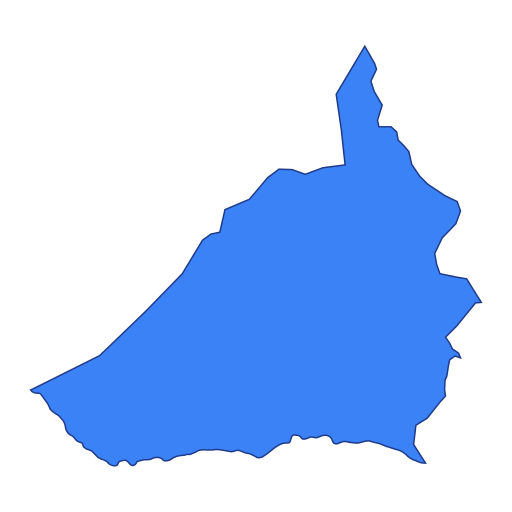 the district of Zangba, Basse-Kotto, Central African Republic
{"feature_id": "33826404B2530322918847", "entity_name": "Zangba", "entity_type": "district", "adm_level": 2, "iso_a3": "CAF", "parent_name": "Central African Republic", "parent_adm1": "Basse-Kotto", "projection": "mercator", "projection_center": [20.794, 4.708], "detail": "fine", "context": "isolated", "style": "filled", "palette": "blue", "viewbox_px": 512, "rotation_deg": 0, "n_neighbors": 0, "source": "geoboundaries", "source_scale": "gbopen_adm2", "svg_char_len": 3038}
<svg xmlns="http://www.w3.org/2000/svg" viewBox="0 0 512 512"><path d="M481.3,302.4L466.6,278.8L455.8,277.0L439.9,273.7L436.6,264.3L434.7,253.4L442.2,237.9L455.8,223.8L460.5,211.1L457.2,201.6L444.6,195.5L427.7,184.2L419.7,176.2L411.7,164.4L408.9,151.7L404.2,146.1L398.1,140.0L396.7,132.0L391.1,126.8L378.9,126.8L377.5,120.2L382.2,105.1L374.2,91.5L370.9,81.1L376.5,69.3L374.7,63.7L364.8,46.2L336.2,94.3L341.3,129.6L345.1,164.9L323.1,167.7L305.2,174.3L292.1,169.6L278.9,169.2L267.7,177.6L249.4,199.3L225.0,209.6L219.8,232.2L210.9,234.1L202.5,240.2L182.3,273.7L145.7,311.3L99.7,355.6L30.7,390.0L32.1,391.6L34.6,392.9L38.5,393.2L40.2,393.6L41.2,394.5L43.4,397.7L45.7,400.9L47.8,403.9L49.0,406.3L50.1,409.0L52.0,411.0L54.8,413.1L57.3,414.7L59.2,416.1L63.2,420.7L64.2,422.6L65.0,424.7L65.9,429.3L66.8,431.2L68.3,433.4L69.9,434.7L72.3,435.9L73.6,437.0L74.7,438.4L76.0,440.0L77.5,441.2L78.9,441.9L80.7,442.5L82.0,442.9L82.5,443.8L82.9,445.2L83.6,446.8L85.8,448.7L89.0,449.9L91.6,450.9L93.9,453.2L95.8,455.1L97.9,457.3L101.0,459.0L104.1,460.0L107.6,462.1L107.9,462.7L108.8,463.6L109.8,464.4L111.7,465.2L113.5,465.7L115.3,465.8L116.9,465.4L118.0,463.8L118.4,462.4L119.6,461.5L121.5,460.8L124.7,460.2L126.3,460.5L128.0,461.9L129.9,464.1L131.2,465.1L133.1,465.5L134.8,464.8L136.0,463.5L137.0,461.7L139.3,460.9L143.7,459.8L147.3,459.7L150.4,459.4L153.3,458.0L155.6,457.5L158.2,457.4L160.6,458.0L162.1,459.0L163.2,460.2L164.9,460.9L167.1,460.7L169.4,460.2L170.7,459.5L172.3,458.4L173.9,457.5L176.7,456.3L180.0,455.6L185.0,455.1L186.4,454.5L187.6,454.3L188.6,454.5L189.8,454.4L191.0,454.1L192.9,453.2L195.6,452.1L198.0,450.7L200.7,450.0L204.6,449.8L207.3,450.0L213.1,449.9L215.6,449.5L218.7,449.6L222.8,450.2L231.2,451.7L233.5,451.4L235.0,450.8L236.9,450.4L238.8,450.4L240.9,451.0L243.6,452.2L245.8,453.0L246.8,453.2L248.4,453.5L250.3,453.9L251.8,454.7L254.5,456.0L256.8,457.4L259.0,457.8L262.1,457.1L265.7,454.7L268.0,453.0L272.6,449.4L274.5,447.8L277.1,446.1L280.5,444.2L283.6,443.2L285.8,443.0L287.9,443.0L289.5,442.5L290.2,441.2L291.0,438.6L291.9,436.2L293.4,435.0L294.8,435.0L297.4,435.3L298.9,435.7L300.2,436.4L301.3,437.9L302.5,439.0L304.2,439.1L306.2,438.7L308.9,437.6L310.6,437.0L311.3,437.0L313.0,437.1L315.2,437.7L317.1,437.6L322.6,435.5L325.9,435.2L328.4,435.8L330.2,437.1L331.7,438.9L332.5,441.0L333.6,443.0L335.7,443.9L337.9,443.6L340.4,442.5L343.3,441.5L345.8,441.5L349.4,442.3L356.6,443.1L359.2,442.8L365.2,441.2L368.6,440.8L370.9,441.4L373.9,442.3L376.8,442.9L379.5,443.6L381.7,444.5L384.7,445.7L386.5,446.5L387.9,446.8L389.5,447.3L391.1,447.9L392.7,448.3L394.6,449.0L396.5,449.5L398.3,450.0L400.2,450.7L402.4,451.8L405.2,453.9L405.8,454.3L408.1,456.6L410.3,458.2L413.0,459.7L416.0,460.8L417.3,461.3L419.4,462.2L421.4,462.8L423.1,463.0L425.5,463.1L413.6,444.5L415.9,425.2L427.2,418.2L439.9,402.2L445.5,396.0L444.6,389.9L445.0,380.5L446.9,375.8L448.3,366.4L449.7,359.8L454.9,356.0L460.5,357.9L458.6,353.2L452.5,349.0L449.7,343.3L445.5,337.2L456.8,325.9L475.5,302.9L481.3,302.4Z" fill="#3b82f6" stroke="#1e3a8a" stroke-width="1.5"/></svg>